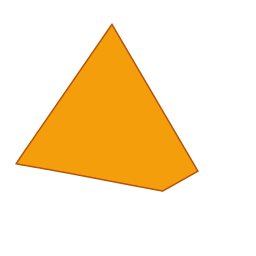 outline of Nome nor, Telemark, Norway, rotated 118°
{"feature_id": "86288312B29220446300399", "entity_name": "Nome nor", "entity_type": "district", "adm_level": 2, "iso_a3": "NOR", "parent_name": "Norway", "parent_adm1": "Telemark", "projection": "albers", "projection_center": [9.279, 59.161], "detail": "fine", "context": "isolated", "style": "filled", "palette": "amber", "viewbox_px": 256, "rotation_deg": 118, "n_neighbors": 0, "source": "geoboundaries", "source_scale": "gbopen_adm2", "svg_char_len": 606}
<svg xmlns="http://www.w3.org/2000/svg" viewBox="0 0 256 256"><g transform="rotate(118 128 128)"><path d="M44.0,190.8L45.3,191.0L61.7,192.9L116.6,199.2L148.8,202.9L171.5,205.5L174.1,205.9L177.1,206.2L179.2,206.4L182.1,206.7L185.1,207.1L187.9,207.4L191.5,207.8L195.7,208.3L199.2,208.7L202.8,209.1L207.1,209.5L212.0,210.0L211.8,208.9L211.1,206.7L210.3,204.1L208.9,200.0L207.8,196.5L206.5,192.4L205.5,189.5L204.4,186.4L203.2,182.1L201.8,178.3L199.7,171.4L198.9,169.0L196.8,162.5L176.4,96.5L167.4,67.8L133.3,46.0L54.6,173.7L44.8,189.6L44.0,190.8Z" fill="#f59e0b" stroke="#b45309" stroke-width="1.5"/></g></svg>